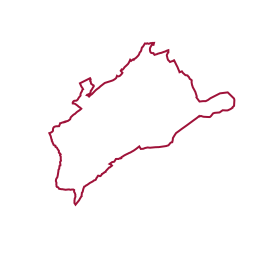 Bradesti, Harghita, Romania (Mercator projection), rotated 41°
{"feature_id": "2599482B17231771008992", "entity_name": "Bradesti", "entity_type": "district", "adm_level": 2, "iso_a3": "ROU", "parent_name": "Romania", "parent_adm1": "Harghita", "projection": "mercator", "projection_center": [25.354, 46.351], "detail": "fine", "context": "isolated", "style": "outline", "palette": "rose", "viewbox_px": 256, "rotation_deg": 41, "n_neighbors": 0, "source": "geoboundaries", "source_scale": "gbopen_adm2", "svg_char_len": 5583}
<svg xmlns="http://www.w3.org/2000/svg" viewBox="0 0 256 256"><g transform="rotate(41 128 128)"><path d="M138.7,220.3L138.5,214.6L138.2,213.3L137.7,210.6L137.8,209.9L137.4,209.6L136.4,208.1L135.7,207.1L135.7,206.5L135.6,205.8L135.3,205.3L134.3,203.4L133.4,201.0L133.8,200.4L133.9,199.9L134.1,198.6L134.4,198.1L134.9,196.2L135.0,195.8L135.2,194.7L136.5,191.3L136.6,190.2L137.1,189.4L137.6,188.3L137.4,187.5L137.1,186.8L137.0,185.1L136.7,184.2L136.7,183.6L137.4,183.1L138.0,182.9L138.5,182.7L138.8,182.1L138.8,181.3L138.5,179.8L138.8,179.5L138.9,178.6L139.3,177.4L139.2,177.3L139.3,176.7L139.9,175.8L139.8,175.6L139.7,175.5L139.5,174.8L139.7,170.2L140.1,169.7L140.6,166.9L139.8,166.8L139.1,166.8L137.7,167.2L137.8,166.8L137.8,166.7L138.3,164.6L138.4,164.2L139.0,163.4L139.5,162.8L139.7,162.3L139.5,161.0L139.2,159.3L140.4,158.2L141.2,157.6L141.4,156.9L141.6,156.3L142.4,155.8L142.6,155.4L142.7,155.2L142.3,154.9L142.2,154.7L142.3,154.1L142.7,153.0L143.2,151.1L144.0,149.1L144.7,147.5L145.2,146.2L145.9,144.9L146.4,143.3L146.8,142.3L147.3,140.7L147.9,138.2L148.6,134.5L151.4,135.4L153.1,133.7L154.1,131.8L155.6,129.8L157.5,128.5L161.4,124.4L163.7,122.3L167.6,117.8L168.7,116.5L169.2,115.6L169.8,114.7L169.9,114.2L169.8,111.5L170.2,110.2L170.7,109.7L170.5,109.3L169.7,107.8L168.5,106.1L168.3,104.9L168.0,103.3L167.6,100.4L167.9,99.0L168.3,97.4L169.0,94.1L170.6,87.5L171.5,83.5L172.1,80.8L172.5,79.0L173.1,76.5L173.5,74.7L173.9,72.3L174.4,72.4L174.7,71.8L174.9,71.5L175.1,71.1L175.7,70.8L176.3,70.6L176.9,70.3L177.4,70.1L178.5,69.3L182.2,66.4L182.6,65.9L182.7,65.5L182.8,64.4L182.7,62.6L182.6,61.2L183.4,59.8L186.9,56.2L187.8,52.5L190.4,50.5L191.7,49.3L191.8,49.0L192.4,47.7L192.9,46.6L193.6,44.3L193.3,44.0L193.5,41.7L191.4,39.0L190.1,37.3L189.3,36.6L188.6,36.2L179.9,35.7L174.7,41.5L170.7,51.4L170.0,54.4L169.8,54.9L169.0,56.8L167.0,58.5L164.6,61.1L164.0,61.0L159.5,60.0L159.1,59.0L155.0,56.5L153.8,56.1L152.9,55.7L150.1,54.7L149.1,54.0L148.4,53.7L147.1,52.7L146.0,51.8L144.8,50.2L143.5,50.2L142.3,50.4L140.6,49.6L139.5,49.6L138.6,49.3L137.8,49.6L137.2,50.2L136.0,50.5L135.0,50.4L134.9,50.4L133.4,50.4L131.5,49.9L130.3,52.1L129.5,51.6L127.2,50.5L125.5,49.6L123.2,48.7L118.7,46.8L118.6,47.1L118.2,46.9L118.0,47.4L118.0,47.9L117.3,48.9L116.4,50.6L114.7,50.4L114.2,50.4L113.5,50.3L112.2,49.6L111.0,48.7L109.7,47.8L109.3,47.2L109.2,46.5L109.0,45.9L108.7,45.4L108.7,45.1L108.9,44.6L108.7,44.2L108.2,43.8L107.9,43.3L107.6,43.0L107.4,42.8L106.6,44.1L106.2,45.1L105.7,46.2L105.2,46.9L104.6,48.0L103.8,49.5L103.1,50.3L102.8,50.8L102.3,51.6L101.8,52.3L101.4,53.3L100.9,54.0L100.5,54.6L100.0,55.4L99.3,55.3L98.1,54.8L97.3,55.5L96.6,55.9L96.2,56.1L95.9,56.1L95.2,56.0L94.3,55.5L93.2,54.6L92.5,53.7L92.0,52.7L91.4,49.5L91.9,49.1L92.7,48.5L92.2,47.5L91.8,46.7L91.2,47.3L90.5,47.9L90.4,48.2L90.2,48.3L90.0,48.5L89.8,48.8L89.4,49.1L89.2,49.4L88.9,49.9L88.8,50.3L88.5,50.6L88.3,50.9L88.0,51.1L87.7,51.2L87.2,51.3L86.9,51.5L86.7,52.2L85.3,53.1L85.8,56.0L85.9,57.4L85.7,57.9L85.7,58.1L87.2,61.1L87.4,62.0L87.3,62.8L87.3,63.3L87.9,64.8L88.2,66.1L88.2,67.4L88.1,69.0L88.0,69.9L87.5,72.0L87.6,72.7L86.9,72.7L86.5,74.2L86.3,75.3L84.9,75.1L85.1,75.8L85.2,76.0L85.5,77.0L85.6,77.6L85.8,78.3L86.0,79.7L85.9,80.7L85.8,82.0L85.5,84.5L85.7,85.8L85.7,87.3L85.6,87.7L85.3,88.0L85.1,88.1L84.8,88.1L85.0,89.6L87.6,90.0L87.8,91.6L87.7,93.1L87.7,93.6L87.5,94.3L87.3,94.7L87.1,95.1L86.7,95.5L85.9,95.9L85.5,95.9L86.3,98.1L86.0,99.9L85.6,101.1L85.3,102.0L84.2,103.9L81.0,109.1L80.8,109.8L80.1,113.4L79.9,114.3L79.6,117.1L79.4,117.7L79.0,119.6L78.8,121.0L78.6,125.5L78.6,125.9L78.4,126.9L78.1,127.7L78.0,129.8L77.3,129.7L76.3,129.8L75.4,130.2L75.4,129.6L75.6,129.3L75.8,129.2L76.0,129.2L76.2,128.9L76.1,128.7L76.1,128.4L76.6,128.3L76.6,128.2L76.8,127.3L76.6,126.7L76.4,126.0L76.4,125.8L76.0,125.0L75.6,124.6L75.4,122.4L75.2,121.4L74.9,120.2L74.9,119.2L74.6,118.7L73.9,118.4L73.3,118.7L71.9,118.7L71.2,118.8L70.4,118.3L69.7,117.6L68.7,117.4L68.1,116.7L68.2,116.1L67.5,115.6L66.7,115.3L62.4,125.8L65.6,127.3L67.6,127.8L68.6,128.2L68.5,128.4L68.5,128.9L69.1,130.5L69.3,131.3L69.3,131.9L69.8,133.3L70.2,134.0L70.9,134.6L71.0,135.5L70.9,136.6L71.1,138.3L71.4,139.4L71.2,141.1L69.8,142.5L69.5,142.9L69.3,144.0L69.6,145.1L70.2,145.7L71.6,144.7L72.4,144.5L75.4,144.2L76.5,144.3L78.6,144.0L80.1,144.1L79.9,145.7L79.6,147.0L79.2,148.4L78.9,149.7L78.7,152.1L78.2,153.5L78.0,154.9L77.8,157.3L77.9,157.9L78.4,158.8L78.6,159.4L78.3,160.9L77.9,162.4L77.4,162.8L76.8,164.4L76.2,165.3L76.0,165.0L75.6,165.8L74.6,167.4L74.0,168.7L73.7,168.9L74.8,171.8L73.7,172.9L72.6,173.9L71.9,174.9L71.5,175.9L71.6,177.0L72.2,178.2L73.1,179.2L73.3,179.8L73.2,180.7L72.8,182.1L72.0,183.5L75.1,184.9L77.3,186.5L77.6,186.6L78.0,186.9L78.5,187.0L78.9,187.7L80.2,188.1L80.7,188.5L81.8,188.9L82.8,189.5L83.9,189.4L84.8,189.0L85.7,189.8L87.2,189.5L89.0,190.2L90.9,190.6L91.9,191.9L93.1,192.1L93.4,191.8L94.5,192.1L94.6,193.2L96.0,193.7L97.7,195.7L98.9,196.7L98.9,197.8L99.2,198.4L100.9,199.9L101.5,200.6L101.1,201.3L101.7,202.4L102.5,203.4L102.9,204.1L102.9,204.9L103.2,205.5L103.9,206.4L106.1,209.9L107.0,211.6L107.1,212.9L107.4,213.9L108.3,215.3L110.1,216.4L110.7,217.4L111.9,218.4L112.3,218.9L113.1,219.1L114.3,218.6L115.4,218.9L115.8,219.1L117.9,217.9L118.7,217.2L119.4,216.8L120.7,216.0L121.2,215.7L121.4,215.6L123.4,213.4L124.0,212.9L125.1,212.4L125.7,211.6L126.2,211.1L127.1,210.3L128.0,210.1L129.0,211.3L129.6,211.7L130.1,211.8L130.6,212.0L131.6,212.6L132.1,212.9L132.4,213.4L133.0,214.0L133.3,214.2L133.8,215.2L133.9,215.4L134.0,216.1L134.6,216.9L135.2,217.9L136.2,219.0L136.7,219.7L138.7,220.3Z" fill="none" stroke="#9f1239" stroke-width="2"/></g></svg>